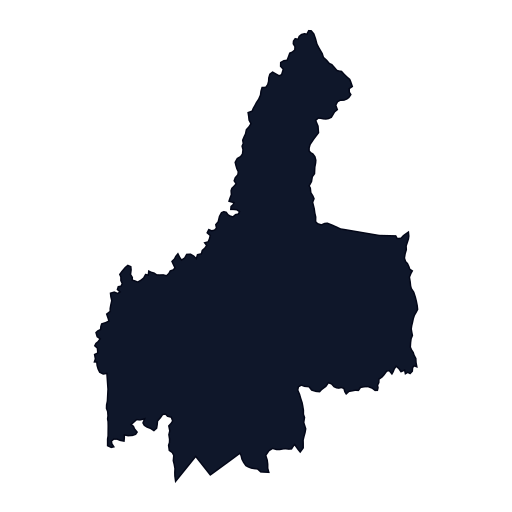 Santa Cruz do Rio Pardo, São Paulo, Brazil
{"feature_id": "56859067B25162931464836", "entity_name": "Santa Cruz do Rio Pardo", "entity_type": "district", "adm_level": 2, "iso_a3": "BRA", "parent_name": "Brazil", "parent_adm1": "São Paulo", "projection": "robinson", "projection_center": [-49.573, -22.761], "detail": "fine", "context": "isolated", "style": "filled", "palette": "ink", "viewbox_px": 512, "rotation_deg": 0, "n_neighbors": 0, "source": "geoboundaries", "source_scale": "gbopen_adm2", "svg_char_len": 5497}
<svg xmlns="http://www.w3.org/2000/svg" viewBox="0 0 512 512"><path d="M412.3,270.9L409.7,269.2L408.9,266.7L407.4,263.5L405.6,261.7L404.4,258.1L405.1,253.7L406.3,249.7L406.1,246.0L407.3,242.4L408.4,239.0L408.8,236.1L408.4,232.1L405.7,234.0L403.4,235.7L401.0,238.3L397.2,238.6L395.7,235.9L379.2,235.5L344.0,229.5L340.6,229.0L332.6,225.3L327.3,223.2L324.6,223.5L321.4,224.9L317.6,223.7L315.6,221.7L315.7,217.0L314.8,213.1L314.2,208.7L312.6,202.3L314.0,198.7L312.8,195.9L310.8,192.7L310.3,188.1L309.1,185.9L311.5,181.5L312.3,176.7L314.5,173.7L314.8,167.1L315.6,162.9L315.8,160.2L314.9,156.7L312.8,153.9L310.8,152.8L309.1,150.9L309.1,147.9L310.1,144.4L313.8,138.9L318.5,132.7L318.0,126.1L315.6,120.4L318.2,118.1L320.4,118.2L323.3,118.8L325.8,119.0L328.3,118.6L331.3,117.3L332.7,115.0L334.5,111.9L337.3,109.6L335.7,105.2L337.5,101.7L340.1,100.3L344.0,100.1L346.9,98.9L348.8,97.5L350.8,94.6L349.3,92.2L349.2,88.6L352.3,86.5L350.7,81.8L349.7,79.4L346.9,77.0L344.1,74.3L341.5,71.4L339.1,71.1L336.8,70.4L334.7,67.9L331.8,64.6L329.3,63.5L326.6,60.3L323.4,57.4L322.2,53.6L318.8,47.8L316.9,44.1L315.5,38.8L313.8,33.9L311.2,30.8L308.7,30.7L306.8,34.3L304.6,33.7L301.5,34.5L299.2,36.4L298.1,39.3L295.2,38.7L293.5,41.1L293.3,43.8L295.0,46.6L294.8,50.0L292.3,52.1L289.8,53.1L288.4,57.0L287.1,60.3L283.9,60.7L280.7,62.5L280.6,66.3L283.3,69.2L281.6,74.7L279.1,75.8L275.9,74.0L272.6,72.1L269.9,74.2L268.8,77.9L268.6,81.4L267.7,84.7L265.7,87.4L262.1,87.5L261.0,91.2L260.5,95.1L258.7,99.2L256.5,102.5L254.9,105.6L253.3,108.3L252.2,111.1L248.1,112.6L248.7,116.3L249.1,120.1L251.0,123.7L249.1,126.7L246.4,129.7L245.5,134.0L244.3,136.4L242.7,140.2L243.3,143.5L242.1,146.1L243.0,149.7L242.5,154.0L240.6,156.6L237.3,158.5L235.2,162.3L235.9,165.3L236.9,168.7L238.3,171.7L237.9,174.7L235.3,177.7L234.2,180.8L236.2,183.8L233.7,186.6L231.9,188.3L231.1,190.7L231.4,194.6L230.0,198.2L229.0,201.2L231.3,201.9L234.1,202.6L232.9,204.9L231.1,206.4L230.8,209.4L233.2,209.4L236.7,209.7L239.6,211.7L238.3,214.1L235.6,214.6L232.9,216.9L230.0,216.0L227.9,214.7L226.2,212.3L223.8,211.7L221.5,212.7L219.5,216.4L218.2,221.8L215.8,224.6L216.5,228.1L214.5,230.2L211.6,230.8L208.8,229.6L207.2,232.8L210.3,235.5L209.4,239.0L208.1,241.9L204.7,242.8L206.7,245.5L204.9,248.1L202.3,250.4L201.4,253.8L197.5,254.7L196.3,258.7L193.7,256.1L190.5,254.2L186.7,254.4L184.7,258.0L181.5,260.1L179.6,257.3L177.9,253.8L175.8,256.4L174.5,259.0L172.0,261.4L173.4,264.5L175.0,267.8L173.3,269.9L170.3,270.9L168.9,273.5L166.5,275.8L163.3,274.9L159.7,275.0L156.7,274.9L154.1,273.1L150.9,272.2L148.8,271.1L148.3,275.1L145.6,274.5L143.7,278.0L141.0,280.2L137.7,282.1L134.8,280.9L132.2,280.1L132.3,277.4L130.5,274.5L131.1,269.9L130.8,266.7L127.8,265.4L125.3,267.5L122.0,271.4L119.8,274.4L120.9,277.0L120.9,280.6L122.3,283.6L121.0,286.2L118.3,286.7L117.4,289.5L120.1,291.9L117.7,293.5L114.3,292.1L110.5,293.2L110.9,296.8L111.8,300.6L110.8,305.0L110.2,308.5L110.2,311.4L106.7,314.1L108.0,317.9L109.0,321.0L105.8,322.6L101.7,323.9L100.9,326.4L100.6,329.5L97.8,330.9L96.0,332.6L97.2,336.7L100.2,338.8L98.0,341.8L96.0,343.4L94.8,345.8L97.4,348.1L97.8,353.0L94.6,354.5L95.4,358.9L94.4,361.9L96.8,362.0L97.1,365.4L98.1,368.9L99.7,372.2L103.2,374.0L106.9,373.4L108.0,389.2L107.4,401.1L106.6,404.9L106.5,408.4L107.7,411.5L108.0,415.9L107.6,418.9L108.1,421.6L108.2,426.0L108.1,436.0L107.6,439.0L107.6,442.2L107.6,445.7L111.3,447.4L113.8,446.8L111.8,443.7L111.4,441.0L113.8,439.1L117.0,439.1L120.3,440.4L124.0,441.1L124.3,438.1L124.3,434.9L128.1,435.7L132.5,435.4L135.6,434.3L137.1,432.1L134.5,428.9L133.4,426.3L131.0,424.6L136.6,419.6L140.0,419.9L142.3,419.4L144.7,418.7L143.0,422.9L144.3,425.3L147.1,427.1L150.6,428.4L153.9,430.6L156.6,428.2L157.2,424.5L157.5,421.0L160.4,417.7L162.6,414.5L165.6,414.1L167.5,416.2L171.3,417.2L172.7,421.0L171.2,423.3L168.8,425.9L169.8,430.8L168.9,434.7L169.6,439.3L169.5,442.5L168.6,445.3L169.3,450.4L172.3,452.5L173.8,455.4L173.3,460.7L174.2,464.2L175.0,468.6L174.8,472.4L174.9,476.1L175.6,481.3L195.7,456.4L210.3,474.9L212.3,473.5L231.3,459.6L239.9,453.2L241.1,455.5L242.0,459.2L243.6,462.3L245.9,465.6L248.3,466.9L251.4,468.1L254.4,468.6L257.5,468.9L260.8,471.9L268.8,472.3L267.7,468.3L267.7,464.2L267.2,460.1L265.7,455.4L268.9,450.7L272.6,448.4L276.5,449.5L279.8,449.5L283.4,448.8L285.7,448.7L288.8,449.1L291.5,448.9L293.0,446.5L294.6,444.5L298.1,449.4L300.2,452.0L303.2,447.9L303.2,443.7L303.1,440.1L304.0,436.3L305.0,432.7L305.7,428.8L303.7,422.5L304.5,417.5L303.4,414.3L303.4,410.2L302.7,405.9L302.1,402.8L300.7,398.5L299.5,394.3L297.7,390.1L298.4,386.8L301.3,385.1L304.5,386.3L309.0,386.7L311.7,390.1L316.1,391.4L319.6,391.7L321.4,389.7L323.6,388.0L325.8,386.4L328.4,382.7L331.6,383.9L334.1,386.7L336.6,387.8L338.8,388.1L341.3,387.5L343.9,388.4L344.9,391.8L346.2,393.9L348.9,391.4L352.8,390.7L355.3,390.2L358.4,390.4L360.5,387.4L364.4,386.7L368.1,386.6L372.3,388.2L375.1,390.4L377.4,390.3L378.0,387.7L377.5,385.2L378.8,382.6L378.9,379.2L382.0,377.0L383.9,374.9L386.7,371.1L389.3,370.6L391.9,373.9L393.2,371.6L394.2,369.0L396.1,366.2L398.9,368.6L401.0,371.7L404.6,370.1L405.4,373.7L407.7,372.3L410.1,373.5L412.3,371.2L412.6,367.6L414.1,365.8L416.8,366.8L416.0,362.5L415.8,358.5L414.0,355.1L413.2,352.5L411.5,349.9L410.3,347.1L410.6,342.4L411.1,338.6L412.4,335.5L411.7,331.9L411.2,328.9L411.7,325.6L412.5,322.3L413.3,318.5L414.4,315.2L416.1,312.3L417.6,309.4L417.2,305.6L416.3,301.1L415.3,297.1L413.7,292.2L411.3,288.6L410.6,286.0L410.2,282.2L409.4,277.1L410.9,273.4L412.3,270.9Z" fill="#0f172a" stroke="#020617" stroke-width="1.5"/></svg>